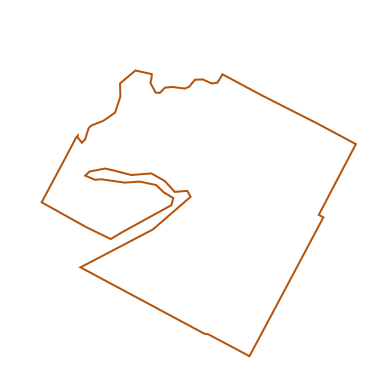 the district of Mason, Washington, United States of America, rotated 208°
{"feature_id": "52423323B30851290743950", "entity_name": "Mason", "entity_type": "district", "adm_level": 2, "iso_a3": "USA", "parent_name": "United States of America", "parent_adm1": "Washington", "projection": "robinson", "projection_center": [-123.026, 47.345], "detail": "fine", "context": "isolated", "style": "outline", "palette": "amber", "viewbox_px": 384, "rotation_deg": 208, "n_neighbors": 0, "source": "geoboundaries", "source_scale": "gbopen_adm2", "svg_char_len": 900}
<svg xmlns="http://www.w3.org/2000/svg" viewBox="0 0 384 384"><g transform="rotate(208 192 192)"><path d="M255.1,73.1L114.5,72.7L110.9,74.0L64.2,74.0L64.1,113.5L64.1,231.3L69.3,231.4L69.8,311.2L113.5,311.3L174.2,310.1L220.4,310.2L220.4,307.5L220.9,300.5L225.6,297.0L235.3,296.5L242.1,292.5L243.9,283.6L246.8,280.0L258.9,275.4L264.8,271.5L266.9,264.4L270.8,262.7L279.9,268.8L281.3,273.8L282.8,277.2L299.0,272.7L306.5,254.1L300.0,242.5L297.2,226.0L303.7,213.2L312.2,203.4L313.2,199.7L311.1,188.2L312.4,183.8L318.6,186.6L319.3,188.1L319.9,185.7L319.8,165.4L319.9,112.3L269.5,111.3L241.7,112.3L235.3,122.9L204.0,170.8L205.7,177.9L216.6,178.4L227.0,181.3L242.9,176.7L255.8,168.7L277.9,160.7L283.5,157.2L294.0,156.3L292.0,162.0L279.8,171.9L269.9,174.6L253.5,178.5L236.7,189.3L221.5,189.0L207.2,184.0L196.7,190.8L191.0,187.1L209.0,140.5L255.1,73.1Z" fill="none" stroke="#b45309" stroke-width="2"/></g></svg>